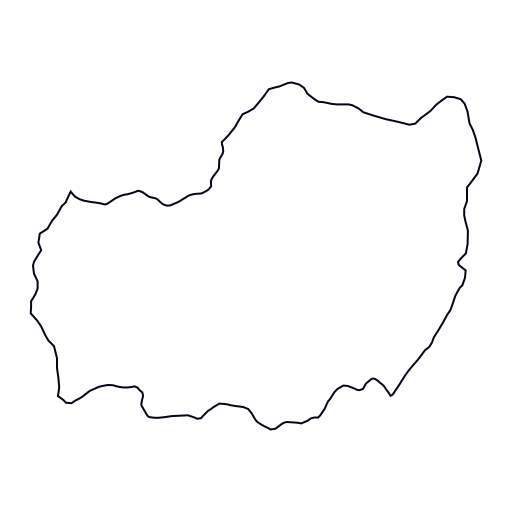 Dunglegang, Chirang, Bhutan
{"feature_id": "84629894B69062019287868", "entity_name": "Dunglegang", "entity_type": "district", "adm_level": 2, "iso_a3": "BTN", "parent_name": "Bhutan", "parent_adm1": "Chirang", "projection": "albers", "projection_center": [90.201, 27.012], "detail": "fine", "context": "isolated", "style": "outline", "palette": "ink", "viewbox_px": 512, "rotation_deg": 0, "n_neighbors": 0, "source": "geoboundaries", "source_scale": "gbopen_adm2", "svg_char_len": 3747}
<svg xmlns="http://www.w3.org/2000/svg" viewBox="0 0 512 512"><path d="M359.2,390.2L363.0,389.0L365.9,383.6L369.2,380.9L370.9,379.4L372.9,378.5L374.9,378.9L376.8,380.0L378.6,381.4L380.0,382.8L382.1,384.3L384.0,386.1L386.1,389.3L389.1,393.4L390.5,395.8L392.1,395.1L393.2,393.8L394.2,392.3L395.6,390.2L396.8,388.5L398.0,386.7L399.2,384.8L400.4,383.0L401.5,381.1L402.7,379.3L403.9,377.4L405.0,375.6L406.3,373.8L407.5,372.1L408.9,370.3L410.2,368.6L411.6,367.0L413.0,365.3L414.4,363.7L415.9,362.0L417.3,360.4L418.7,358.7L420.0,357.0L421.3,355.3L422.6,353.5L423.9,351.7L425.1,350.1L429.1,347.1L432.0,342.5L433.8,337.4L435.0,335.6L436.1,333.8L437.3,331.9L438.5,330.1L439.6,328.2L440.7,326.3L441.8,324.5L442.9,322.6L444.0,320.7L445.0,318.8L446.1,316.9L447.0,315.0L450.3,310.3L453.0,302.8L455.4,295.6L459.7,287.8L462.3,285.4L464.9,278.1L465.7,270.5L458.7,264.9L458.0,262.0L461.4,257.9L465.9,253.4L467.6,244.0L467.9,230.6L465.6,222.0L464.2,215.5L464.2,209.1L467.0,200.9L467.0,187.5L471.4,181.8L477.5,173.6L481.3,160.6L477.9,147.3L475.5,137.7L472.8,129.9L469.5,123.3L467.5,111.5L464.6,103.6L460.7,99.2L454.1,97.2L447.0,96.7L442.1,100.2L436.3,104.6L430.4,111.0L420.6,118.3L415.2,123.7L409.3,124.7L403.5,123.2L395.2,121.2L385.9,119.2L374.2,115.8L363.4,112.3L360.9,110.3L358.5,108.4L352.7,105.4L348.7,104.4L337.0,104.4L331.6,103.9L323.6,102.2L318.2,101.7L313.8,98.7L307.5,93.8L304.0,87.9L299.2,84.5L291.8,82.5L287.9,83.0L279.6,86.4L275.2,87.4L268.8,89.2L263.5,96.7L259.5,101.6L253.7,108.5L247.8,111.9L242.6,114.2L238.1,121.5L234.9,127.2L228.7,135.0L225.9,138.0L221.9,142.0L222.0,144.6L222.7,146.4L223.1,149.6L223.2,151.4L222.6,153.8L220.8,156.8L219.4,159.4L219.2,161.5L219.0,167.7L218.5,169.4L216.5,172.2L213.0,176.8L211.7,178.9L211.0,180.9L210.9,182.7L211.2,186.3L208.3,189.8L205.9,191.2L201.7,193.4L194.3,194.0L190.2,195.0L187.7,196.1L185.8,197.4L183.8,198.6L179.9,201.0L177.3,202.4L174.9,203.4L171.7,204.8L169.7,205.5L167.2,205.6L164.9,205.1L163.0,204.2L161.3,203.0L157.3,199.2L155.2,198.2L152.1,197.6L149.2,196.8L147.2,195.5L142.9,192.4L139.9,191.1L138.0,190.8L133.3,192.6L127.8,194.2L124.4,194.7L120.8,195.8L115.4,198.3L108.3,203.1L106.1,204.3L104.3,204.4L100.8,203.4L95.3,202.5L90.9,202.0L83.6,200.6L82.1,200.0L80.3,199.5L77.7,198.2L75.0,196.6L73.0,194.4L70.7,191.5L66.6,200.2L65.9,202.2L61.8,206.1L56.8,215.0L52.1,220.7L47.4,228.8L39.8,233.6L38.4,242.6L41.2,250.2L38.6,254.3L37.4,256.2L34.0,261.8L33.0,265.7L33.7,271.5L34.0,273.7L37.6,281.3L37.6,288.5L35.4,294.3L31.1,301.2L31.1,306.7L30.7,313.3L37.2,320.6L41.1,326.3L45.2,335.1L48.6,340.8L54.0,346.1L57.0,358.3L57.0,368.1L58.4,378.0L59.2,387.2L58.4,393.3L57.9,396.1L59.6,397.2L63.5,400.1L65.9,402.7L71.5,403.2L75.3,400.6L80.1,398.1L81.6,397.2L86.0,393.8L89.9,390.8L99.2,386.7L103.4,385.8L107.6,385.0L110.6,385.1L113.5,385.3L116.4,386.3L120.6,387.1L122.6,387.4L127.3,387.5L130.6,387.1L134.7,386.4L137.6,387.7L139.7,390.3L142.3,392.4L142.7,394.0L143.1,395.8L142.2,399.4L141.3,403.8L141.5,405.6L145.2,411.9L147.7,416.1L149.5,417.1L151.4,417.4L155.2,417.8L158.3,417.8L162.2,417.4L165.7,417.0L171.7,416.1L187.9,415.3L194.2,417.4L197.1,418.7L198.9,418.5L201.0,418.2L203.1,415.8L208.0,410.9L211.8,408.5L213.2,407.3L219.4,403.6L224.9,404.0L228.4,404.6L230.0,405.1L235.8,406.1L238.5,406.4L240.2,406.6L243.2,407.0L248.1,409.0L251.5,413.0L253.5,416.5L254.9,418.9L256.4,421.1L258.1,422.5L261.7,424.8L266.7,427.4L268.7,428.3L270.7,429.5L275.4,428.7L277.4,427.3L281.3,424.3L283.9,422.7L286.9,422.0L297.3,422.7L301.3,423.4L307.2,420.9L311.3,418.2L314.5,417.5L318.2,417.5L320.2,415.4L324.8,408.6L327.0,403.5L328.0,401.5L330.1,399.0L334.3,392.3L337.1,389.3L338.5,388.4L343.3,385.6L345.4,385.7L347.9,386.0L351.3,387.3L353.0,388.0L354.8,388.7L357.0,389.8L359.2,390.2Z" fill="none" stroke="#020617" stroke-width="2"/></svg>